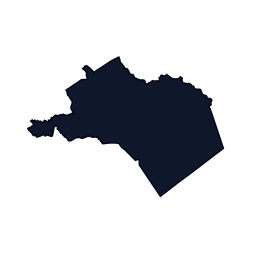 Mueang Phatthalung, Phatthalung, Thailand (Albers equal-area conic projection), rotated 59°
{"feature_id": "78962969B3121314060328", "entity_name": "Mueang Phatthalung", "entity_type": "district", "adm_level": 2, "iso_a3": "THA", "parent_name": "Thailand", "parent_adm1": "Phatthalung", "projection": "albers", "projection_center": [100.053, 7.588], "detail": "fine", "context": "isolated", "style": "filled", "palette": "ink", "viewbox_px": 256, "rotation_deg": 59, "n_neighbors": 0, "source": "geoboundaries", "source_scale": "gbopen_adm2", "svg_char_len": 5616}
<svg xmlns="http://www.w3.org/2000/svg" viewBox="0 0 256 256"><g transform="rotate(59 128 128)"><path d="M203.2,135.4L200.6,113.3L199.1,97.7L195.6,66.4L194.6,56.7L153.3,47.6L152.5,47.9L152.1,47.8L151.4,47.4L150.9,46.9L150.8,46.2L151.0,45.3L150.8,44.8L150.4,44.5L149.0,44.1L148.6,43.8L147.7,42.2L147.2,41.8L146.7,41.8L146.0,41.9L145.4,42.2L145.0,42.6L144.0,44.0L143.6,44.4L143.0,44.6L141.7,44.3L140.7,44.4L140.0,44.9L138.2,46.5L137.7,46.8L136.8,46.9L135.5,46.5L132.8,46.1L132.0,46.4L131.6,46.7L130.9,48.0L129.7,49.7L128.9,50.4L128.0,50.6L126.0,50.3L124.7,51.7L123.5,51.5L122.9,51.7L121.8,52.5L121.1,52.9L120.8,53.2L120.8,53.8L121.0,54.6L120.1,55.0L119.5,55.4L119.5,55.7L119.8,55.9L119.6,56.4L119.3,56.6L118.9,56.4L118.7,56.4L118.3,57.2L118.3,57.8L117.9,57.8L117.5,58.0L117.2,57.6L116.6,57.5L115.1,57.2L114.7,57.3L114.5,57.1L114.2,57.3L113.9,56.2L113.2,55.9L112.7,56.2L112.2,56.2L112.0,56.5L111.2,56.7L111.5,58.2L111.9,59.0L111.8,59.7L111.4,59.8L111.4,60.2L111.0,60.7L110.8,61.7L110.1,62.4L109.6,63.2L109.2,63.6L108.8,64.5L102.4,67.2L102.7,67.5L102.2,67.7L102.5,69.0L102.5,69.5L102.1,69.8L102.0,70.8L101.5,70.9L101.2,71.3L100.6,71.3L100.0,72.3L100.2,73.1L100.8,73.7L101.0,75.5L103.0,76.2L103.5,76.6L103.6,76.9L103.5,77.2L103.6,77.6L102.7,78.6L102.9,79.0L102.2,79.4L101.9,80.3L101.6,80.7L101.5,81.2L101.0,81.9L100.3,82.3L100.1,82.7L100.2,83.4L100.2,84.1L100.4,84.5L100.1,86.6L100.1,87.5L100.2,88.3L100.7,88.9L100.5,89.4L100.0,89.4L99.6,89.8L98.6,89.8L98.6,90.0L97.2,89.5L95.7,89.4L95.5,90.2L95.1,90.2L94.4,90.4L94.2,90.7L94.2,91.1L93.9,91.4L93.9,92.1L93.4,92.4L93.2,92.8L92.5,93.4L91.9,93.7L91.7,94.9L91.0,94.6L90.4,95.3L89.6,95.5L89.4,96.1L88.4,96.3L88.3,96.5L88.5,96.7L88.3,96.9L87.9,96.8L87.8,96.5L87.4,96.6L86.9,96.2L85.9,96.2L85.5,96.1L85.4,96.3L85.1,96.2L84.9,96.4L85.0,96.8L84.7,97.1L84.1,97.0L83.7,98.4L83.2,98.2L82.3,98.5L81.2,98.3L80.9,98.4L80.2,98.1L80.0,98.4L79.6,98.4L78.8,98.1L78.6,98.2L78.7,98.7L78.5,98.8L78.2,98.4L77.6,98.5L77.4,98.1L76.6,98.5L76.8,99.1L76.4,99.0L76.3,99.4L75.6,99.5L75.4,100.1L74.5,100.2L74.6,100.6L74.4,100.7L74.0,99.8L73.7,99.9L73.6,100.2L72.9,100.2L72.8,99.9L72.2,100.0L70.7,100.2L70.4,100.1L70.2,100.3L69.5,100.3L69.2,100.6L68.7,100.6L68.6,101.0L68.1,100.7L66.7,100.7L66.7,100.4L65.9,100.3L65.7,100.1L65.4,100.0L65.0,99.7L63.9,99.6L63.5,99.4L63.3,99.5L62.6,99.3L62.3,99.8L62.3,100.3L62.3,102.2L62.0,104.7L61.9,108.6L62.4,120.5L62.4,125.2L62.9,128.5L57.5,129.7L53.9,131.1L53.9,131.3L53.6,131.5L54.0,131.9L54.0,132.1L53.7,132.2L53.6,132.5L53.3,132.3L53.0,132.3L52.8,132.9L52.9,133.7L53.7,134.3L53.7,136.2L54.7,136.0L56.2,135.3L58.3,134.9L59.1,135.1L61.9,136.8L65.5,137.4L62.6,143.1L63.0,147.4L63.6,161.7L64.4,161.5L64.9,161.5L66.3,161.8L66.4,162.0L68.7,162.7L69.2,162.7L70.6,162.2L73.8,162.3L76.1,162.1L76.9,162.3L78.4,163.4L80.3,165.8L82.0,166.9L83.6,166.8L84.0,167.0L84.1,166.8L85.1,166.8L85.6,166.8L85.7,167.0L86.4,166.9L87.5,167.1L87.8,167.4L87.7,167.6L87.3,167.5L87.2,168.0L86.8,167.8L86.6,168.1L86.2,172.1L85.9,172.7L86.0,173.5L85.3,174.1L85.0,175.0L84.2,175.4L83.9,176.2L83.0,176.3L82.9,176.5L82.2,178.7L81.7,179.3L81.9,180.7L81.5,181.0L81.5,181.9L80.4,182.9L79.8,183.2L79.7,184.7L80.0,185.5L80.5,187.6L79.6,188.2L79.6,188.4L79.8,188.7L80.2,188.6L80.9,189.0L81.2,191.8L80.5,191.9L80.4,192.2L80.9,192.3L81.2,192.7L81.5,192.9L81.5,194.4L79.5,194.7L79.4,194.8L79.5,195.2L79.2,195.8L78.5,195.7L78.5,196.0L78.8,196.3L79.0,196.4L79.2,196.2L79.4,196.3L79.2,196.6L79.5,197.5L79.2,197.7L79.2,197.9L79.5,198.1L79.8,197.9L79.9,198.0L79.6,198.7L77.3,199.3L77.0,200.5L76.8,200.5L76.5,200.7L76.5,201.1L75.0,201.7L75.2,202.6L75.2,203.4L73.4,203.7L73.5,205.0L73.2,205.0L73.2,205.3L73.0,205.9L71.8,206.0L72.0,207.9L74.6,207.0L75.9,207.3L77.5,208.0L77.5,208.3L76.9,209.2L77.0,209.9L77.3,210.0L77.3,210.4L77.4,211.1L77.0,211.8L76.9,212.4L76.8,214.1L77.1,214.2L77.4,214.0L77.8,214.1L79.7,214.1L79.9,214.0L80.0,213.5L82.4,213.3L82.5,213.0L85.3,213.1L86.4,212.1L86.7,211.6L86.6,211.2L88.0,210.8L88.9,210.8L89.5,208.5L90.3,203.1L91.5,203.4L92.2,203.2L92.0,202.2L92.0,201.4L92.2,201.1L95.5,198.1L95.8,197.7L95.8,197.2L95.4,196.5L94.0,195.1L89.7,191.4L89.2,190.8L89.0,190.0L89.0,189.0L89.3,188.3L89.8,188.2L91.1,187.5L91.4,187.9L91.4,188.2L92.3,189.1L92.5,189.0L92.6,188.4L93.6,188.6L96.2,188.2L97.4,188.4L98.2,188.1L98.6,187.1L100.2,187.5L100.3,187.3L100.7,187.2L101.1,186.9L101.7,187.0L102.0,186.4L102.2,186.6L102.5,186.5L102.8,186.9L103.1,186.9L103.3,186.7L103.5,186.1L104.1,186.0L104.9,185.5L105.2,185.7L106.7,185.5L108.0,185.7L109.2,184.2L109.6,183.0L109.5,177.8L110.0,176.6L111.1,174.6L111.7,173.8L112.1,173.7L113.3,172.5L113.6,172.0L113.7,170.5L113.5,169.8L113.8,169.5L113.8,169.1L114.1,168.7L113.8,168.4L113.7,168.2L114.7,166.6L114.5,166.4L114.5,166.1L114.9,165.7L114.6,165.4L114.8,165.1L115.4,164.6L115.5,164.4L116.0,164.2L116.3,164.3L116.6,163.6L116.9,163.6L117.0,163.1L117.6,163.2L118.0,162.3L117.9,161.9L118.6,161.5L118.5,160.4L119.0,160.0L119.4,160.0L119.3,159.6L119.7,159.4L119.8,159.1L120.0,159.0L120.0,158.7L120.4,159.1L120.7,159.1L121.4,158.8L122.5,158.7L122.8,158.9L123.0,158.6L123.3,158.5L123.4,158.0L123.7,157.9L123.8,157.8L124.2,157.8L124.9,158.0L125.3,157.8L125.5,158.2L125.8,158.1L125.8,157.8L127.1,158.0L127.7,157.8L128.0,157.9L128.6,157.6L128.7,157.1L129.4,155.9L130.3,153.5L130.9,152.6L131.4,151.8L131.6,150.9L133.2,148.4L133.7,147.4L135.3,145.2L136.2,144.3L136.8,143.6L139.3,143.6L141.6,143.3L145.3,141.8L159.6,138.3L159.6,137.1L159.9,136.8L159.7,136.4L160.1,135.4L160.4,135.1L161.2,135.2L161.7,135.1L162.0,135.2L162.2,135.5L162.8,135.4L163.8,136.4L164.4,136.8L164.7,136.9L165.0,137.2L165.9,137.3L203.2,135.4Z" fill="#0f172a" stroke="#020617" stroke-width="1.5"/></g></svg>